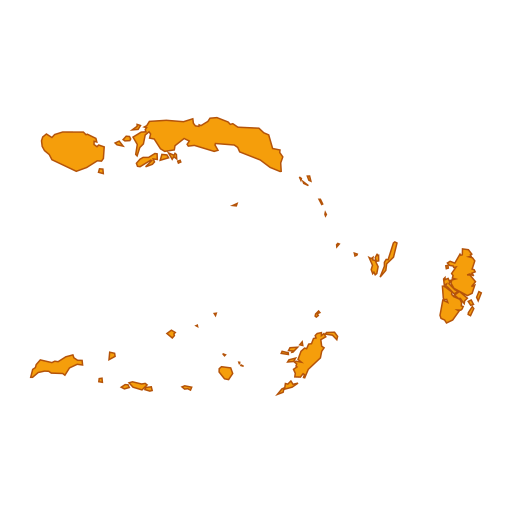 map outline of Maluku (Mercator projection)
{"feature_id": "IDN-554", "entity_name": "Maluku", "entity_type": "Province", "adm_level": 1, "iso_a3": "IDN", "parent_name": "Indonesia", "parent_adm1": "", "projection": "mercator", "projection_center": [130.68, -5.566], "detail": "fine", "context": "isolated", "style": "filled", "palette": "amber", "viewbox_px": 512, "rotation_deg": 0, "n_neighbors": 0, "source": "natural_earth", "source_scale": "10m", "svg_char_len": 6132}
<svg xmlns="http://www.w3.org/2000/svg" viewBox="0 0 512 512"><path d="M282.8,156.9L280.7,162.9L281.2,171.3L280.1,171.5L270.1,167.4L260.3,160.0L239.7,151.9L237.7,147.4L234.2,145.0L215.4,143.5L215.0,145.0L218.0,150.3L214.2,151.4L194.4,145.4L188.3,146.1L187.1,144.3L189.3,141.0L184.1,138.5L175.0,145.7L174.3,149.9L164.7,151.4L160.5,148.8L154.2,139.0L149.6,138.1L150.6,134.0L149.0,131.8L145.2,135.0L143.4,143.9L139.8,147.5L137.1,155.9L135.7,154.4L137.3,144.5L133.0,137.1L141.2,132.1L145.9,131.8L145.2,129.6L146.6,127.7L144.2,127.0L146.7,125.7L149.4,121.4L166.3,120.3L183.5,121.7L192.8,118.8L193.4,123.3L195.4,125.9L198.9,126.4L199.1,124.8L201.0,125.6L207.9,121.4L210.0,118.2L216.9,117.6L228.1,122.0L230.3,124.4L232.8,123.7L237.9,127.2L258.9,128.2L263.8,132.8L268.7,134.9L272.6,148.5L280.0,150.0L279.7,152.5L282.8,156.9ZM104.2,146.9L103.4,158.5L101.5,161.1L97.3,160.8L86.7,167.5L76.3,171.3L51.9,159.7L49.2,154.5L44.5,150.6L42.2,146.4L41.5,140.8L42.7,137.0L46.4,134.0L51.9,137.5L54.7,134.5L62.7,132.0L83.4,132.1L86.0,134.7L87.3,134.2L95.9,138.4L96.8,142.0L94.1,141.3L94.0,144.5L97.0,146.7L98.7,145.0L104.2,146.9ZM474.8,285.1L472.1,293.3L467.4,295.6L453.9,288.3L451.0,283.2L451.8,280.0L455.5,279.0L452.3,278.1L453.1,275.6L451.6,273.5L456.1,267.0L453.7,267.5L453.1,266.0L449.6,265.4L447.4,263.0L450.1,261.3L454.8,263.1L460.0,254.1L460.7,255.3L462.3,254.8L462.5,248.9L468.4,249.7L471.8,254.1L470.4,254.8L471.1,256.2L468.8,256.8L472.5,257.8L474.8,260.9L472.1,269.1L474.1,269.7L475.2,271.8L471.8,273.2L473.8,275.8L469.7,274.0L467.1,274.9L469.9,275.0L475.5,281.7L471.5,286.6L474.8,285.1ZM325.8,336.8L320.8,339.7L321.7,346.2L324.1,347.8L321.7,351.3L320.4,357.9L308.3,369.3L304.7,377.8L303.5,377.5L304.4,374.6L303.1,373.7L300.4,377.1L294.8,376.9L295.3,373.3L293.5,369.3L297.0,366.9L296.0,366.0L296.7,363.9L294.7,362.3L295.9,361.2L301.4,362.2L298.0,359.4L301.0,351.3L304.6,348.1L306.6,348.7L308.7,344.1L311.5,343.7L313.5,338.5L316.0,338.0L315.2,335.5L317.2,333.5L321.4,332.6L321.4,335.6L323.9,333.6L325.8,336.8ZM82.1,360.4L82.6,365.0L77.2,364.3L69.5,367.9L64.9,375.2L62.7,373.5L51.3,373.1L48.7,371.3L44.6,371.1L38.2,372.5L32.6,377.3L30.7,377.3L32.7,369.4L35.4,367.6L36.2,364.6L40.3,359.9L51.9,362.6L54.8,361.2L58.1,361.7L65.8,356.8L72.9,354.9L73.9,357.8L77.6,360.3L82.1,360.4ZM461.3,305.9L463.2,306.5L462.1,309.0L460.7,310.2L457.2,310.0L459.0,311.2L452.7,320.0L446.5,323.0L444.6,320.0L441.0,318.4L440.0,315.3L442.8,300.1L447.8,302.5L446.7,299.4L444.1,299.7L443.3,298.1L442.4,286.2L444.1,286.1L451.9,292.1L451.6,294.3L453.7,296.6L460.0,299.4L461.6,302.7L461.3,305.9ZM157.1,153.8L157.3,159.5L153.2,158.9L154.5,161.9L152.4,164.3L145.6,166.8L151.7,160.6L150.8,160.1L140.1,166.7L137.5,166.3L136.4,163.3L140.0,159.2L143.1,157.4L148.6,157.4L154.9,153.5L157.1,153.8ZM230.7,367.9L232.7,373.5L228.6,379.6L224.5,378.8L219.1,372.0L219.2,368.7L221.5,366.7L230.7,367.9ZM397.0,243.0L393.5,257.2L386.7,263.8L385.8,270.4L380.1,277.1L384.4,266.2L384.4,262.3L386.2,259.4L388.1,259.7L393.4,243.0L394.8,241.9L397.0,243.0ZM378.1,266.7L376.8,273.5L375.2,274.8L373.9,272.1L372.7,273.7L371.2,269.6L372.5,265.3L369.1,257.5L371.2,258.6L373.0,257.3L372.6,259.9L375.1,260.4L378.1,266.7ZM455.0,289.9L458.3,291.2L454.1,293.8L447.4,286.9L445.4,287.0L446.6,283.9L444.3,285.1L443.6,279.0L445.0,277.6L445.0,279.7L448.1,278.4L449.3,280.9L450.8,280.3L448.9,283.7L455.0,289.9ZM145.2,383.4L147.1,384.9L142.0,389.9L133.0,387.2L129.0,382.8L132.5,381.8L141.6,384.0L145.2,383.4ZM467.4,298.2L464.7,300.8L464.2,303.6L460.3,298.4L458.5,298.5L454.5,295.1L459.4,291.5L467.4,298.2ZM293.0,384.3L298.0,383.1L292.1,387.2L283.8,389.4L283.1,392.3L277.4,394.4L281.9,388.9L284.8,387.6L285.4,383.5L287.8,384.1L290.9,381.0L293.0,384.3ZM337.6,336.4L336.8,339.7L332.5,335.2L325.3,334.1L326.5,332.5L334.5,332.2L337.6,336.4ZM173.9,333.9L174.4,335.6L172.3,338.0L166.9,333.5L171.4,330.2L175.3,332.5L173.9,333.9ZM166.9,154.9L168.6,157.8L160.2,160.3L161.9,154.4L166.9,154.9ZM114.6,353.3L115.1,356.4L109.0,359.7L109.7,352.2L114.6,353.3ZM176.4,154.5L176.7,158.9L173.8,156.7L172.2,159.3L168.5,152.9L174.0,155.2L175.0,153.3L176.4,154.5ZM191.7,387.2L190.5,390.1L187.7,388.7L184.6,389.1L182.0,386.9L184.7,385.8L191.7,387.2ZM297.7,347.2L293.0,352.1L291.9,352.3L292.6,350.9L288.5,350.6L290.0,347.7L297.7,347.2ZM472.3,306.6L473.8,308.6L470.5,315.7L468.1,314.4L468.4,312.6L472.3,306.6ZM129.5,136.5L130.7,139.0L129.8,140.6L124.9,140.9L123.1,139.6L126.2,136.2L129.5,136.5ZM151.3,386.8L152.2,390.5L149.8,391.1L144.9,389.6L145.9,387.5L151.3,386.8ZM102.9,169.1L103.3,173.6L98.5,172.3L99.5,168.8L102.9,169.1ZM478.9,291.6L481.3,292.9L478.2,300.8L476.6,297.3L478.9,291.6ZM137.1,124.4L140.5,125.5L138.1,129.4L132.2,129.9L137.1,126.3L137.1,124.4ZM119.2,141.1L123.1,146.1L117.0,144.8L115.1,143.0L119.2,141.1ZM128.0,384.8L129.3,387.5L124.4,388.9L121.2,387.2L125.1,384.6L128.0,384.8ZM471.2,300.0L473.5,304.4L470.7,305.3L468.2,301.4L471.2,300.0ZM289.0,359.8L295.6,358.1L293.6,361.5L287.6,362.0L289.0,359.8ZM378.6,255.2L378.7,260.9L376.3,261.3L375.2,257.6L377.3,253.8L377.3,255.5L378.6,255.2ZM102.0,378.2L102.4,382.3L98.8,381.7L99.2,378.6L102.0,378.2ZM288.3,352.8L288.4,354.5L281.2,353.4L282.1,351.3L288.3,352.8ZM309.6,176.0L310.9,181.2L308.9,180.3L307.3,176.1L309.6,176.0ZM318.6,311.0L319.9,312.6L317.2,313.7L318.3,315.5L316.3,317.1L315.1,316.1L315.6,314.0L318.6,311.0ZM447.9,265.3L448.3,268.1L446.3,268.7L445.8,265.8L447.9,265.3ZM180.1,160.3L180.8,162.0L178.4,163.1L177.7,161.2L180.1,160.3ZM303.0,181.5L308.4,185.6L303.7,183.4L303.0,181.5ZM319.0,199.3L320.4,199.3L322.7,204.0L321.7,204.5L319.0,199.3ZM302.2,341.8L302.8,345.5L299.7,344.8L302.2,341.8ZM337.8,243.4L339.3,244.0L336.8,246.9L336.6,244.7L337.8,243.4ZM354.3,253.1L357.3,254.1L356.9,255.1L355.0,256.0L354.3,253.1ZM232.7,205.5L237.1,203.5L236.3,205.9L232.7,205.5ZM215.5,315.6L214.2,313.5L216.3,313.2L215.5,315.6ZM299.4,177.0L301.4,178.5L300.9,180.3L299.4,177.0ZM325.3,212.4L326.4,214.5L325.5,216.0L324.9,214.3L325.3,212.4ZM224.5,355.8L222.7,353.7L225.5,354.8L224.5,355.8ZM239.7,362.3L239.5,364.3L238.8,362.2L239.7,362.3ZM197.6,326.6L196.0,325.7L197.3,325.1L197.6,326.6ZM241.2,365.0L243.6,366.3L240.9,365.5L241.2,365.0Z" fill="#f59e0b" stroke="#b45309" stroke-width="1.5"/></svg>